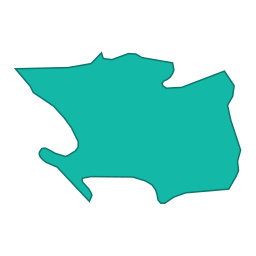 Laško, Equal Earth projection
{"feature_id": "SVN-960", "entity_name": "Laško", "entity_type": "Municipality", "adm_level": 1, "iso_a3": "SVN", "parent_name": "Slovenia", "parent_adm1": "", "projection": "equal_earth", "projection_center": [15.244, 46.129], "detail": "fine", "context": "isolated", "style": "filled", "palette": "teal", "viewbox_px": 256, "rotation_deg": 0, "n_neighbors": 0, "source": "natural_earth", "source_scale": "10m", "svg_char_len": 904}
<svg xmlns="http://www.w3.org/2000/svg" viewBox="0 0 256 256"><path d="M230.8,120.3L240.6,150.1L237.5,161.3L238.5,170.7L236.1,176.4L228.7,189.1L185.5,192.8L173.7,197.1L164.9,203.2L160.7,203.2L158.1,200.0L156.9,193.8L155.6,189.8L152.0,184.8L145.4,180.9L132.9,177.0L90.7,176.6L82.7,178.2L81.9,179.6L82.6,182.2L88.5,188.6L91.0,192.7L91.9,195.3L89.4,201.4L57.2,167.1L46.1,162.3L42.8,159.7L40.5,157.3L39.2,154.3L39.5,152.0L41.8,148.5L45.2,148.1L48.7,149.7L55.3,153.4L65.4,156.5L68.3,155.3L75.3,151.0L78.2,147.2L78.2,141.4L71.3,127.5L64.1,117.7L53.7,106.2L33.3,92.5L30.2,86.2L15.4,68.8L68.2,67.6L91.1,63.6L101.5,52.8L103.1,58.3L105.9,59.0L112.1,59.6L128.4,53.6L135.8,54.0L141.9,57.6L172.6,62.9L173.9,70.1L172.6,73.4L170.4,76.9L167.3,79.4L163.8,81.1L162.0,83.2L163.1,86.1L166.3,88.2L181.7,87.4L224.4,71.1L234.1,85.7L232.7,96.2L227.5,105.3L230.8,120.3Z" fill="#14b8a6" stroke="#0f766e" stroke-width="1.5"/></svg>